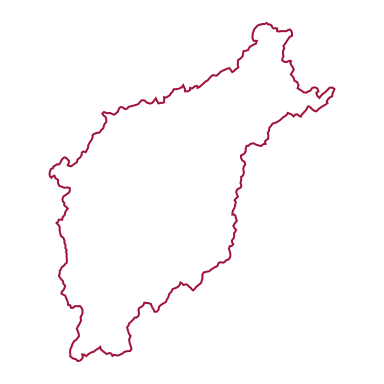 Cunha, São Paulo, Brazil (Natural Earth projection)
{"feature_id": "56859067B27501626478816", "entity_name": "Cunha", "entity_type": "district", "adm_level": 2, "iso_a3": "BRA", "parent_name": "Brazil", "parent_adm1": "São Paulo", "projection": "natural_earth1", "projection_center": [-44.92, -23.055], "detail": "fine", "context": "isolated", "style": "outline", "palette": "rose", "viewbox_px": 384, "rotation_deg": 0, "n_neighbors": 0, "source": "geoboundaries", "source_scale": "gbopen_adm2", "svg_char_len": 5850}
<svg xmlns="http://www.w3.org/2000/svg" viewBox="0 0 384 384"><path d="M332.1,96.3L332.5,93.6L334.5,89.0L332.4,87.6L329.7,87.7L324.8,92.6L322.7,94.0L321.0,95.8L319.3,97.9L317.2,95.7L316.3,92.9L318.4,91.4L317.4,88.6L315.8,87.6L314.0,87.4L312.1,88.1L310.2,90.8L308.1,91.5L306.1,92.7L303.5,92.3L302.1,91.0L299.6,89.4L297.6,88.3L298.5,85.3L297.1,82.0L294.5,80.8L293.7,77.7L290.9,74.5L293.8,69.6L292.6,67.1L291.2,65.0L290.4,63.2L291.0,61.1L289.5,60.7L286.5,62.1L284.0,61.7L282.1,60.1L282.5,58.3L283.5,56.3L283.1,54.5L282.9,52.2L283.4,49.9L284.3,48.2L283.4,46.1L285.3,43.5L288.0,39.2L289.8,36.8L292.0,35.8L292.0,33.1L291.5,31.2L290.0,29.5L287.8,30.1L286.3,31.2L281.8,31.1L280.3,31.2L278.8,31.5L277.1,31.2L277.2,28.5L275.3,28.2L273.6,28.5L272.2,27.2L271.6,25.4L269.9,24.5L268.1,24.4L266.8,23.0L264.5,24.0L262.4,24.0L260.8,24.6L259.1,24.7L257.4,25.8L254.4,28.9L252.8,33.1L252.4,38.2L253.7,40.8L256.8,40.9L256.1,43.5L253.7,44.5L251.9,45.7L250.2,46.5L249.1,47.9L248.0,50.1L245.7,50.8L243.6,51.1L243.1,53.2L242.6,56.2L241.3,57.8L237.9,60.3L238.0,62.5L237.7,64.4L238.3,67.3L235.0,69.9L233.7,71.3L232.2,72.1L231.0,70.3L229.4,68.2L227.9,68.4L222.4,70.8L220.3,72.1L218.6,74.0L216.5,75.7L212.8,75.1L211.1,76.5L207.3,80.7L205.5,81.5L199.5,87.0L197.6,87.9L197.3,86.1L195.1,86.2L193.7,87.2L192.1,88.5L190.1,87.9L190.0,90.1L187.7,91.3L185.1,91.4L184.9,89.1L184.0,87.1L183.2,85.2L181.7,87.3L179.7,88.3L177.8,89.0L173.7,89.3L172.4,91.9L170.8,93.4L169.8,95.3L166.0,97.6L164.1,97.2L164.2,99.4L164.0,102.3L162.4,102.9L160.8,102.9L158.3,103.4L155.8,98.3L153.7,101.2L152.2,102.9L150.3,103.6L146.8,102.6L144.8,100.6L142.8,100.2L141.3,100.6L140.1,101.8L138.3,104.1L136.4,104.8L132.3,105.9L130.3,106.4L128.5,106.9L127.2,108.6L125.2,109.2L123.2,107.7L120.9,107.0L119.5,107.8L118.7,109.3L118.0,111.6L116.0,113.2L114.4,114.7L112.8,114.3L109.9,112.9L107.9,113.2L106.1,112.9L104.0,112.0L102.3,113.6L103.6,115.5L105.6,116.9L106.2,119.0L106.3,121.9L104.6,123.9L103.8,125.9L103.5,127.8L100.9,130.6L99.4,132.6L97.2,132.8L95.7,133.3L93.9,134.0L92.6,135.2L92.6,137.2L91.4,140.2L89.5,142.8L88.2,145.4L88.1,147.7L86.8,150.2L85.7,152.2L83.5,151.5L81.9,152.4L81.5,155.2L79.9,157.7L77.5,159.5L77.1,161.9L71.2,166.3L69.2,165.9L67.7,165.2L68.7,163.3L69.0,160.9L66.0,157.7L64.3,157.4L62.2,159.1L60.9,161.3L60.1,163.3L58.6,164.6L57.1,164.2L55.2,165.5L53.4,166.5L53.0,168.3L51.1,168.8L50.0,171.2L49.5,174.2L50.0,176.4L51.4,177.8L52.6,176.4L54.5,175.7L55.5,178.3L58.0,179.8L58.1,183.2L59.2,185.8L62.2,186.9L64.1,187.8L65.8,187.6L67.9,187.5L69.8,188.0L69.9,190.7L68.8,192.8L66.7,194.2L65.3,195.3L63.5,196.4L62.4,199.3L62.8,201.2L64.3,202.9L64.1,205.0L67.8,208.5L66.4,210.1L65.2,212.4L64.7,214.9L62.5,217.4L62.3,219.7L58.7,219.7L58.2,221.6L56.5,223.0L58.7,225.2L59.8,227.4L59.5,229.5L60.2,233.2L61.0,236.1L63.3,237.7L64.5,240.7L64.4,242.7L65.5,245.2L65.4,248.2L66.7,250.3L66.0,251.9L66.7,254.0L66.6,256.9L66.9,260.3L66.7,262.7L65.0,264.3L63.8,265.8L61.5,267.5L61.0,269.3L59.8,270.6L59.7,273.8L58.9,275.7L60.4,278.3L62.9,281.1L63.4,283.8L65.2,285.7L64.3,288.5L63.2,290.5L61.9,291.4L61.5,293.7L65.4,295.8L66.0,297.9L67.1,300.3L67.9,302.8L68.1,304.9L70.3,305.3L70.9,307.8L73.2,307.8L74.7,306.2L76.5,306.1L78.5,306.3L80.0,306.0L81.4,307.6L82.5,310.1L82.5,313.1L81.8,315.1L80.6,316.9L81.0,320.8L79.1,324.6L77.8,326.5L76.8,329.0L77.9,331.3L78.8,334.2L78.9,336.4L77.5,338.0L76.4,339.7L74.1,341.2L72.3,344.3L71.4,347.1L70.3,349.3L70.1,352.0L70.3,354.0L70.3,356.4L73.3,358.6L75.8,359.1L77.6,361.0L79.9,360.7L81.8,359.1L82.9,357.1L82.2,354.5L84.4,354.7L86.2,356.2L88.1,354.4L90.6,352.7L92.1,352.2L93.8,351.7L96.1,349.8L98.5,348.4L100.3,346.9L100.9,349.5L103.3,351.5L106.7,354.0L109.4,353.0L111.4,353.7L112.4,355.9L114.2,354.8L116.6,355.4L118.6,355.4L120.6,354.4L122.7,353.4L124.1,352.0L126.5,351.3L130.1,351.0L131.5,349.0L130.9,346.6L129.8,343.5L129.1,339.8L130.6,335.9L129.0,333.9L128.2,331.5L127.1,327.2L128.6,325.3L129.0,323.5L130.5,322.4L131.9,320.8L133.3,319.5L134.7,317.6L136.3,317.6L137.9,316.5L138.9,314.7L138.9,312.0L138.4,310.0L139.1,308.1L141.7,306.6L143.4,305.1L144.4,302.6L145.9,303.0L147.5,302.9L150.8,303.9L152.5,308.0L153.7,309.5L154.3,311.6L156.6,311.8L158.5,309.9L159.0,306.8L160.9,304.9L166.0,301.9L166.7,299.8L168.1,297.7L169.3,293.9L171.4,291.7L172.6,289.0L176.2,287.8L178.3,286.6L179.6,284.8L180.5,282.5L182.2,283.6L183.5,285.0L186.2,284.3L187.8,285.1L189.0,286.7L190.5,287.6L191.6,289.1L193.1,290.4L194.7,288.9L196.1,287.0L201.1,282.9L202.5,277.7L202.4,274.5L203.8,272.4L206.4,271.8L209.4,271.2L211.2,269.5L215.4,266.9L217.2,266.3L218.1,264.1L219.2,262.5L221.2,262.3L223.2,262.7L224.8,261.9L225.8,260.4L228.1,259.7L229.9,257.8L230.4,256.0L230.2,252.6L228.9,248.9L229.7,246.2L231.7,245.9L233.3,244.3L232.1,242.4L231.9,240.5L233.8,238.0L234.2,235.6L234.0,233.4L235.3,231.7L236.1,229.7L234.6,228.2L233.3,225.9L235.1,222.8L236.9,220.7L235.9,218.5L235.5,215.9L234.4,214.6L232.3,214.6L232.8,210.8L234.6,207.7L235.8,201.8L234.6,200.2L235.9,198.5L237.9,196.8L236.1,192.1L236.9,189.9L238.7,188.5L240.6,187.7L241.3,185.7L240.5,182.7L241.0,180.9L241.3,178.9L241.1,176.9L242.4,176.1L243.4,174.6L243.9,172.1L243.2,169.0L243.8,166.6L245.3,164.3L244.6,161.9L242.2,160.3L241.1,158.0L240.9,155.6L242.7,154.7L244.3,153.6L245.7,151.5L245.6,148.7L246.6,145.8L248.6,145.8L249.9,144.3L251.5,143.6L253.6,143.3L256.6,144.9L259.1,145.6L261.2,146.0L263.5,144.0L265.6,143.9L265.0,141.4L266.5,139.9L268.1,138.8L268.4,135.5L267.8,133.0L269.0,130.6L269.4,127.6L270.9,126.1L272.5,123.7L274.7,122.9L276.3,122.5L280.0,120.2L282.0,118.4L283.4,117.0L285.4,116.0L286.9,114.5L287.8,112.9L291.6,114.5L293.5,116.4L295.1,114.7L297.2,114.3L298.5,115.4L300.9,116.6L301.7,114.7L303.2,113.2L304.7,111.4L305.9,110.3L308.0,106.4L309.6,106.6L311.6,108.7L314.0,110.7L316.5,111.4L317.5,110.0L319.5,108.3L321.7,106.8L325.5,104.6L327.5,103.1L326.7,101.4L327.7,99.7L329.4,97.7L332.1,96.3Z" fill="none" stroke="#9f1239" stroke-width="2"/></svg>